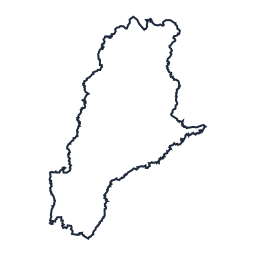 Tierra Blanca, Veracruz, Mexico, rotated 271°
{"feature_id": "50627088B91497262101236", "entity_name": "Tierra Blanca", "entity_type": "district", "adm_level": 2, "iso_a3": "MEX", "parent_name": "Mexico", "parent_adm1": "Veracruz", "projection": "orthographic", "projection_center": [-96.335, 18.527], "detail": "fine", "context": "isolated", "style": "outline", "palette": "slate", "viewbox_px": 256, "rotation_deg": 271, "n_neighbors": 0, "source": "geoboundaries", "source_scale": "gbopen_adm2", "svg_char_len": 5771}
<svg xmlns="http://www.w3.org/2000/svg" viewBox="0 0 256 256"><g transform="rotate(271 128 128)"><path d="M121.8,188.7L122.8,188.9L122.0,189.9L122.2,190.6L123.7,192.0L123.5,193.1L124.2,193.4L122.8,195.5L123.4,195.6L123.3,196.4L124.3,197.3L123.7,198.6L124.2,199.8L126.9,199.5L127.0,201.0L125.7,201.0L126.0,201.5L125.4,201.9L129.2,204.0L129.9,204.1L129.9,203.7L130.7,205.5L132.1,203.9L132.1,202.4L129.8,196.5L130.2,193.0L128.8,185.9L129.2,186.7L129.7,186.6L130.0,184.2L130.8,184.4L131.1,182.6L132.5,182.8L132.5,181.9L135.8,182.6L135.1,181.9L135.9,179.0L135.2,178.9L136.7,177.0L137.9,176.9L140.7,172.2L142.1,170.9L143.3,171.2L143.9,172.2L146.2,172.3L147.5,173.4L148.0,175.0L151.5,175.3L152.4,176.6L153.8,176.8L156.1,175.6L158.4,175.5L160.1,176.2L160.7,175.3L161.4,175.8L163.3,175.5L164.0,176.2L164.6,175.8L166.6,176.6L167.3,176.1L168.8,178.3L170.7,179.0L170.7,178.4L171.6,178.9L172.3,178.2L173.7,178.3L175.8,177.6L177.1,175.2L177.0,173.1L178.1,173.1L178.9,171.8L180.1,171.9L179.9,169.9L182.0,169.4L182.5,170.3L183.9,170.2L184.6,168.2L186.1,167.2L186.6,167.5L188.1,166.1L189.0,166.7L190.3,165.6L191.9,167.1L192.9,166.7L193.0,167.8L194.1,168.0L194.7,167.8L195.5,166.0L198.1,166.7L200.0,168.9L202.8,170.1L204.1,169.0L206.0,170.6L208.1,169.6L209.4,168.2L210.9,168.1L211.3,169.2L214.4,171.2L215.8,173.5L216.6,173.8L218.1,173.1L218.7,171.8L220.2,172.1L220.8,172.7L220.8,174.1L221.5,175.4L222.1,176.2L223.2,176.2L223.1,177.6L226.2,178.1L227.5,177.0L227.9,175.8L230.9,175.2L232.6,173.4L233.7,173.7L234.0,172.4L236.6,168.4L236.5,164.1L234.7,161.4L233.5,161.1L231.8,162.0L231.1,161.5L230.9,160.8L232.1,158.3L231.1,156.5L231.7,152.9L233.5,150.8L234.7,150.4L234.6,148.7L235.7,148.5L236.5,149.5L237.5,148.7L237.2,147.9L235.9,147.0L236.5,145.5L236.3,144.2L234.4,145.6L231.1,145.0L229.9,145.4L227.3,144.0L227.3,142.7L226.7,142.4L232.1,137.5L236.4,135.3L239.3,131.4L236.5,127.8L233.1,128.0L231.3,126.5L227.5,125.1L227.4,124.1L229.6,121.6L229.7,118.4L228.6,117.5L228.1,115.1L226.4,113.4L224.6,114.0L221.8,112.6L221.5,110.0L219.6,110.5L219.2,110.1L219.7,109.2L219.3,108.3L218.0,108.9L217.8,107.7L219.2,106.5L218.7,105.7L219.3,105.1L219.0,103.4L217.9,103.3L216.1,101.9L213.9,103.1L212.0,102.4L211.9,101.1L210.7,100.5L210.5,101.1L209.2,100.6L208.8,101.5L208.3,100.9L208.1,101.7L207.5,101.1L206.9,101.4L206.5,101.0L206.6,99.7L205.6,98.4L201.1,96.9L196.2,97.5L196.1,98.5L195.5,98.8L190.4,98.8L190.4,100.7L188.7,101.0L188.3,100.3L185.5,99.2L185.6,96.9L184.7,96.4L183.0,92.1L181.4,92.5L181.1,91.3L178.3,89.0L176.6,85.9L175.6,86.1L174.9,85.6L174.0,83.4L172.5,83.5L171.7,82.5L171.1,83.2L170.1,82.5L169.0,84.3L167.7,83.5L166.6,84.3L165.3,83.9L163.3,85.0L161.5,87.9L160.3,86.0L156.5,84.1L155.1,84.4L155.1,83.4L154.5,84.1L154.4,83.0L153.0,84.8L152.5,84.3L152.1,85.0L151.2,84.0L148.7,84.8L147.4,84.3L147.0,83.4L147.4,82.3L146.7,82.0L146.8,81.3L145.4,81.3L145.2,80.5L143.2,80.8L141.4,80.0L140.3,78.6L138.4,78.0L138.0,78.4L137.4,77.2L136.8,77.9L135.8,77.0L134.9,77.3L134.7,78.4L133.7,78.5L133.4,79.6L132.3,80.0L131.9,79.9L132.0,78.9L130.6,79.5L129.2,78.7L128.9,79.3L128.4,78.3L126.9,78.1L125.5,77.3L123.9,77.1L123.1,77.9L122.1,77.3L119.0,77.6L119.0,76.6L116.9,75.1L116.9,73.7L114.7,73.6L114.4,72.5L112.2,70.4L111.2,70.6L110.9,68.9L108.1,67.5L106.3,67.6L106.3,68.2L104.9,69.5L102.7,70.3L102.2,69.4L100.7,69.6L100.8,68.8L100.1,68.7L97.9,68.9L96.5,70.5L95.5,69.8L94.4,70.0L94.2,69.5L92.3,70.5L91.0,69.8L89.6,71.7L88.1,70.6L87.2,70.4L86.9,71.1L86.1,71.2L84.3,70.6L82.3,67.6L82.3,64.5L83.3,64.0L85.6,64.3L87.0,65.9L87.5,64.8L87.1,63.4L85.9,63.3L83.9,60.8L82.3,60.2L82.3,57.3L83.2,56.6L82.4,55.8L82.4,52.8L82.8,52.5L82.3,51.1L81.7,50.8L78.1,51.5L75.5,50.5L73.8,50.9L74.0,52.0L73.5,52.2L72.3,52.1L72.0,51.4L71.3,51.2L70.6,52.5L69.8,52.0L68.4,52.7L66.7,51.1L65.1,51.6L64.0,51.3L62.8,52.4L62.0,52.1L61.4,52.9L60.3,52.7L59.6,54.0L58.3,54.7L55.5,55.7L54.7,55.5L54.0,56.3L51.4,55.4L50.5,55.7L48.7,54.8L48.5,53.8L47.6,54.5L45.3,53.1L39.4,52.4L38.3,52.9L34.3,51.7L33.8,53.0L31.8,51.7L31.7,52.2L30.9,52.3L30.7,54.2L33.6,54.6L33.2,56.8L35.2,57.2L35.8,58.2L36.6,58.1L37.5,58.9L37.7,62.9L34.3,62.9L34.3,64.4L31.5,64.0L30.2,65.5L29.3,63.8L26.9,65.0L27.7,66.8L26.8,68.2L27.9,69.1L29.6,69.4L29.1,72.9L27.6,73.4L25.9,72.6L25.4,73.5L23.6,74.5L21.1,73.8L20.2,79.7L21.3,80.4L20.8,81.3L22.1,81.6L22.4,83.8L21.3,83.5L19.9,85.6L19.4,85.5L16.7,90.2L18.6,91.4L18.6,92.4L20.2,93.7L21.1,95.2L21.9,94.8L24.0,95.4L26.0,97.3L27.9,97.6L29.1,99.1L30.0,99.3L29.9,99.9L31.9,101.2L32.6,101.0L32.8,101.7L33.5,101.6L35.0,103.0L34.9,103.5L36.8,103.9L37.8,105.2L38.4,104.8L39.7,106.2L46.4,106.0L46.9,107.2L47.7,107.5L49.3,107.0L49.4,106.3L51.8,106.2L52.3,107.1L54.4,107.7L54.5,108.4L54.8,107.9L55.7,108.1L55.9,107.1L56.9,107.4L57.5,105.6L59.0,106.1L59.7,105.7L59.9,106.3L60.6,105.5L64.3,108.5L65.7,108.2L65.7,108.9L68.2,109.0L68.8,110.1L69.8,110.4L69.6,111.4L71.1,111.2L71.7,112.3L72.6,111.2L73.8,111.5L74.1,112.4L75.1,112.4L76.1,115.6L77.2,117.2L76.6,117.2L75.8,120.1L77.4,121.5L77.7,122.9L78.3,122.9L78.5,124.6L79.7,125.3L80.5,125.0L80.8,126.4L81.8,126.4L81.6,127.5L83.5,128.7L86.1,133.0L87.5,134.1L87.7,134.9L86.6,137.2L87.3,138.2L89.0,138.1L88.7,139.2L89.3,139.5L90.1,142.6L89.6,144.0L90.8,146.2L88.4,146.5L88.5,148.5L89.5,148.9L90.4,150.5L93.1,149.5L92.9,150.6L94.2,152.3L93.5,153.5L94.2,156.6L93.4,157.2L94.6,158.0L93.6,159.5L95.9,159.5L96.9,160.5L98.3,159.3L97.4,160.6L97.8,161.3L98.6,161.4L98.0,162.5L98.3,163.7L99.7,163.3L100.2,165.2L101.9,164.4L102.8,165.0L103.5,167.6L105.6,167.6L105.3,168.6L107.9,170.4L107.7,171.3L109.3,170.6L109.6,169.7L110.8,170.2L111.8,173.3L113.6,174.4L112.3,175.8L113.1,177.5L112.1,178.0L112.6,180.3L115.3,182.7L115.6,182.1L116.3,182.6L116.9,181.2L118.2,181.4L117.8,183.4L116.8,183.8L120.6,185.7L121.5,185.5L122.9,186.6L121.8,188.2L122.5,188.4L121.8,188.7Z" fill="none" stroke="#1e293b" stroke-width="2"/></g></svg>